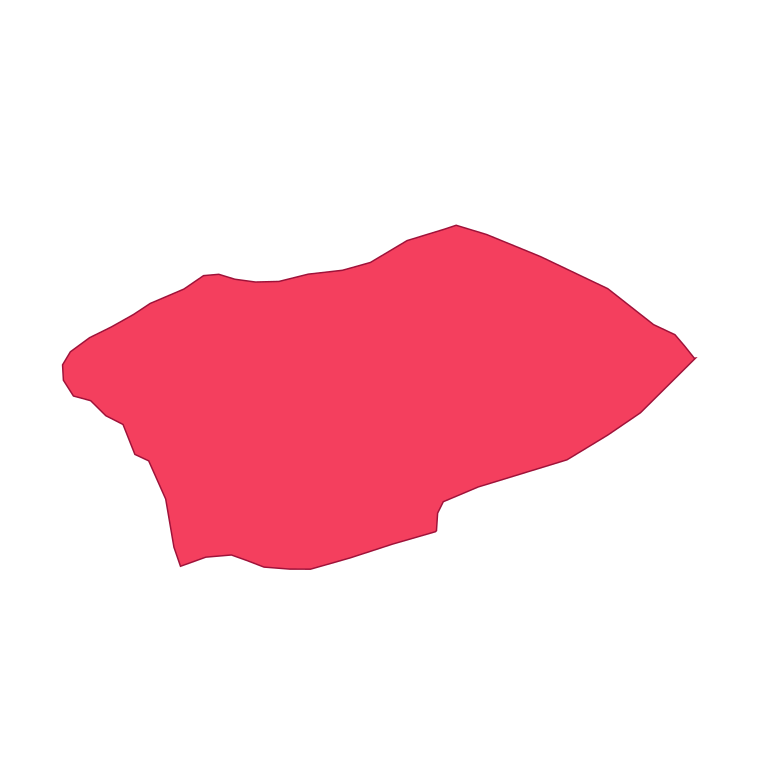 the district of Ockelbo, Gävleborg, Sweden, rotated 163°
{"feature_id": "70781695B90060355953602", "entity_name": "Ockelbo", "entity_type": "district", "adm_level": 2, "iso_a3": "SWE", "parent_name": "Sweden", "parent_adm1": "Gävleborg", "projection": "robinson", "projection_center": [16.627, 60.941], "detail": "fine", "context": "isolated", "style": "filled", "palette": "rose", "viewbox_px": 768, "rotation_deg": 163, "n_neighbors": 0, "source": "geoboundaries", "source_scale": "gbopen_adm2", "svg_char_len": 826}
<svg xmlns="http://www.w3.org/2000/svg" viewBox="0 0 768 768"><g transform="rotate(163 384 384)"><path d="M78.5,317.7L79.7,317.9L85.5,332.6L91.3,346.0L108.9,362.0L142.1,409.7L197.0,460.0L242.1,496.9L268.6,514.7L281.0,514.4L320.0,514.4L361.5,504.2L390.4,504.9L424.3,511.2L454.5,512.8L477.1,519.1L496.0,527.8L509.9,537.2L524.9,540.4L547.6,533.3L584.0,529.4L598.9,525.0L602.9,523.8L628.0,518.3L651.9,514.4L674.5,506.5L685.8,496.3L689.5,481.3L684.5,463.3L669.4,453.8L659.3,435.0L645.4,421.6L642.8,389.5L631.5,379.3L626.4,337.8L632.6,289.3L631.9,269.2L605.0,270.5L579.9,265.1L567.3,255.7L552.3,244.0L528.4,234.6L508.4,228.4L467.0,227.6L423.1,228.4L378.0,227.7L376.7,228.4L370.5,244.8L361.7,254.1L324.0,258.0L273.9,258.0L231.2,258.0L184.8,269.8L147.2,281.5L78.5,317.7Z" fill="#f43f5e" stroke="#9f1239" stroke-width="1.5"/></g></svg>